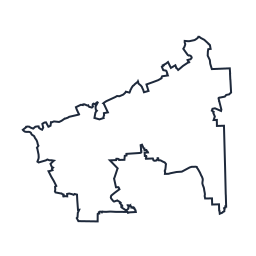 outline of Laucienes pag., Talsi, Latvia, rotated 5°
{"feature_id": "27541924B31657223934984", "entity_name": "Laucienes pag.", "entity_type": "district", "adm_level": 2, "iso_a3": "LVA", "parent_name": "Latvia", "parent_adm1": "Talsi", "projection": "albers", "projection_center": [22.805, 57.249], "detail": "fine", "context": "isolated", "style": "outline", "palette": "slate", "viewbox_px": 256, "rotation_deg": 5, "n_neighbors": 0, "source": "geoboundaries", "source_scale": "gbopen_adm2", "svg_char_len": 5800}
<svg xmlns="http://www.w3.org/2000/svg" viewBox="0 0 256 256"><g transform="rotate(5 128 128)"><path d="M23.4,139.0L24.0,139.6L25.3,140.5L26.1,140.7L27.7,140.7L29.0,140.5L29.8,140.5L30.5,140.6L31.3,141.0L31.8,141.4L32.4,142.6L32.8,143.0L33.3,143.3L34.6,143.9L35.3,144.4L36.1,145.9L38.0,148.2L38.8,149.8L39.6,152.3L40.3,153.5L39.0,155.7L39.5,156.5L41.3,162.6L41.4,163.9L41.6,164.6L41.5,166.5L41.0,168.2L40.7,169.4L42.0,170.1L49.0,167.4L50.4,166.4L52.5,167.0L54.8,166.8L57.0,167.0L56.2,167.8L53.9,170.5L54.2,171.0L54.6,171.8L55.3,173.1L55.6,173.5L56.8,174.0L56.3,174.6L55.9,174.8L55.8,175.3L56.5,176.6L53.7,177.7L52.6,178.0L55.6,182.9L58.8,187.4L61.6,192.0L60.5,192.8L60.6,193.9L60.9,195.3L60.8,197.0L60.7,197.4L61.4,198.5L67.1,199.1L67.5,199.0L68.3,199.6L69.7,199.9L70.0,200.8L69.4,201.4L69.6,201.8L71.5,201.4L73.4,201.4L73.1,199.0L75.1,198.4L78.0,198.8L79.7,199.3L80.5,198.4L83.0,198.8L83.7,204.0L85.3,213.9L86.5,213.7L85.4,216.8L85.5,221.2L84.8,222.2L86.7,225.1L105.9,223.7L105.3,216.2L105.5,216.0L106.9,215.7L106.9,215.4L106.4,214.4L107.1,213.8L108.7,213.7L109.4,214.3L109.9,213.5L111.4,213.6L113.8,213.4L117.6,212.8L123.0,212.6L134.3,211.7L135.0,211.7L135.4,212.5L136.6,212.0L137.5,211.8L143.1,211.0L142.6,209.2L142.0,208.8L141.6,207.7L140.9,207.6L140.7,207.5L140.8,207.0L140.6,206.9L140.5,207.1L140.3,206.9L140.2,207.1L139.8,207.0L139.8,206.9L139.5,207.0L139.4,207.0L139.5,206.9L139.4,206.9L139.3,207.0L139.0,206.9L139.0,206.6L138.5,206.5L138.5,206.3L138.4,206.2L138.1,206.2L137.9,206.1L137.5,206.0L137.5,205.9L137.4,205.9L137.5,205.6L137.4,205.5L137.2,205.5L136.8,205.4L136.8,205.2L136.5,205.5L136.3,205.3L136.2,205.4L135.9,205.3L135.9,205.0L135.7,205.0L135.8,205.1L135.7,205.3L135.5,205.2L135.3,205.3L135.2,205.1L134.7,205.2L135.3,205.9L135.4,208.2L134.1,209.8L132.6,209.9L127.7,207.2L127.8,207.2L128.0,206.8L128.0,206.7L128.4,206.7L128.8,206.4L128.7,206.3L129.0,206.1L129.0,205.8L126.6,203.7L127.1,203.0L126.1,202.3L124.1,201.4L123.7,201.1L120.5,202.5L119.5,201.9L117.3,199.6L116.9,198.5L117.2,196.8L120.5,193.6L124.8,189.8L124.4,189.2L124.4,188.9L124.2,188.6L123.6,187.8L121.2,188.1L118.5,179.5L118.8,178.9L121.1,169.3L121.2,169.1L112.8,161.8L119.0,161.0L119.1,159.7L119.9,159.6L120.8,159.6L121.7,160.0L121.9,160.6L127.2,160.0L127.2,156.0L128.9,155.5L128.7,153.9L141.6,151.9L142.8,151.6L143.4,151.1L143.3,149.9L143.1,149.9L142.7,147.4L142.7,147.0L142.1,144.0L143.4,143.4L145.4,147.0L146.1,147.0L146.4,148.6L148.2,148.3L148.7,149.3L149.3,149.6L149.7,150.0L150.0,150.6L146.7,151.1L147.2,154.4L148.6,154.3L148.8,154.8L148.4,156.9L148.5,157.1L155.4,156.2L156.2,158.0L157.1,158.3L158.7,158.1L160.3,156.2L160.2,155.5L160.7,155.5L161.2,157.5L163.2,157.4L166.0,158.6L166.5,158.7L167.7,159.2L169.0,160.6L168.9,161.4L168.9,163.5L168.8,166.3L168.4,166.9L168.5,168.2L168.8,168.6L168.8,170.5L172.4,170.1L174.1,169.4L180.2,167.6L185.4,166.8L192.9,161.9L194.9,161.1L198.8,160.7L199.9,160.8L200.2,161.6L200.5,161.9L201.4,163.0L203.6,166.2L205.1,169.0L205.8,169.9L206.8,172.0L207.0,173.1L207.0,173.7L206.9,175.0L206.9,176.5L207.0,177.0L207.7,178.8L208.2,179.7L208.9,181.3L209.5,183.9L210.0,185.6L210.4,187.3L210.3,189.1L211.0,191.5L217.8,190.8L218.5,196.9L225.3,196.1L226.0,202.3L226.3,202.4L226.9,205.4L229.4,204.1L229.7,203.5L231.2,202.6L231.1,201.2L231.3,200.4L230.7,199.5L231.4,198.8L231.9,198.7L231.9,197.5L232.6,197.6L231.3,186.4L231.1,185.2L228.2,159.2L223.4,117.4L216.4,118.2L216.0,114.1L215.9,114.0L215.8,112.2L212.6,112.6L213.5,109.0L211.6,105.4L212.0,104.5L211.2,104.0L210.0,103.4L210.5,101.5L212.9,100.8L219.2,102.9L219.4,101.5L216.7,93.8L216.5,93.6L216.6,93.4L216.0,91.8L215.6,90.4L215.9,90.0L216.6,89.7L216.9,89.7L221.7,88.3L223.0,86.5L225.8,85.7L226.8,84.5L227.6,83.7L225.8,71.0L225.7,70.9L225.2,67.1L224.9,65.0L225.0,64.9L224.2,59.7L206.4,62.0L204.3,56.8L203.6,53.2L201.1,49.0L200.9,44.8L201.1,42.5L203.4,42.0L203.1,41.0L202.6,39.0L202.5,38.6L202.3,38.2L201.4,37.6L201.5,37.5L196.3,33.5L192.5,31.9L191.2,31.0L190.9,30.9L190.1,31.0L189.9,31.7L189.3,32.5L187.3,34.2L186.4,34.7L181.8,36.1L180.5,36.3L176.9,36.3L177.0,37.8L177.5,38.9L177.7,39.3L177.7,39.9L177.2,42.1L176.2,44.3L181.1,50.0L182.1,50.5L182.7,50.3L184.0,50.6L184.8,51.3L185.3,52.2L185.2,52.8L184.3,54.1L183.3,54.4L181.4,55.1L181.8,55.9L183.2,57.1L182.9,57.4L182.2,57.5L177.3,61.4L174.9,63.9L172.9,65.8L171.5,64.3L170.8,64.0L170.7,63.8L170.6,63.2L169.7,61.4L165.5,64.4L162.1,58.8L160.2,60.6L157.4,62.4L157.9,62.8L156.4,64.1L158.1,67.3L160.7,67.5L161.4,68.1L162.5,70.5L162.8,71.5L162.7,71.5L163.1,72.2L157.5,73.5L156.7,75.6L156.8,75.7L153.9,77.7L149.1,80.0L142.6,83.0L144.6,87.9L145.2,89.3L140.8,91.0L140.3,89.9L139.9,88.8L138.8,87.0L138.2,85.7L137.0,84.5L134.7,82.9L134.2,82.0L134.1,81.1L133.9,80.7L133.8,81.0L130.9,83.8L130.1,84.9L129.2,85.6L128.1,87.6L127.6,89.0L127.2,89.7L126.8,91.5L126.4,92.6L122.7,92.0L122.2,93.1L120.4,95.1L116.7,97.1L114.3,97.1L112.6,98.3L104.0,103.2L102.0,104.8L101.3,105.5L101.6,105.6L106.6,114.2L102.7,115.3L103.1,117.5L102.7,118.5L102.6,119.9L102.8,120.2L98.8,121.9L93.7,120.9L94.2,115.6L94.7,114.5L95.5,113.5L94.4,112.7L94.3,112.2L94.1,111.5L93.8,109.5L93.9,108.4L94.2,108.6L95.6,105.3L95.1,105.0L94.4,105.6L93.7,106.6L93.4,107.2L91.6,106.7L91.4,106.8L90.9,107.3L90.7,108.3L91.2,109.7L90.2,110.8L88.2,110.4L87.6,110.4L86.5,109.2L86.4,108.9L85.6,109.2L82.6,108.2L82.2,108.4L81.4,108.3L81.1,109.1L79.0,109.0L74.3,111.8L74.5,112.3L75.3,114.0L77.3,117.5L78.1,118.6L77.9,118.9L68.4,122.0L67.1,123.0L64.4,124.2L64.2,124.1L61.2,126.6L58.8,128.0L53.9,127.9L53.4,128.0L51.8,128.9L50.8,128.9L50.6,132.5L50.0,132.8L49.1,133.5L48.6,133.7L45.8,129.5L44.4,129.8L42.9,130.8L42.3,131.4L43.5,135.0L42.6,137.2L41.1,136.7L39.3,135.6L38.8,134.2L37.6,134.3L35.6,134.8L34.3,136.1L33.8,136.8L33.3,136.8L30.9,136.1L29.5,135.3L27.8,135.3L26.7,135.6L26.8,135.8L23.4,139.0Z" fill="none" stroke="#1e293b" stroke-width="2"/></g></svg>